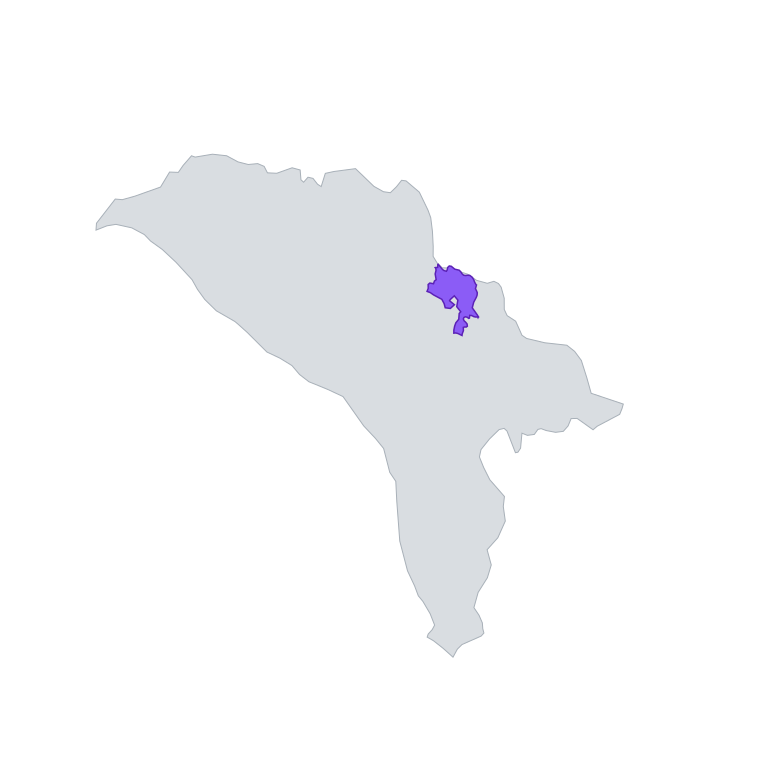 location of Stîngă Nistrului within Moldova, rotated 340°
{"feature_id": "MDA-1628", "entity_name": "Stîngă Nistrului", "entity_type": "District", "adm_level": 1, "iso_a3": "MDA", "parent_name": "Moldova", "parent_adm1": "", "projection": "albers", "projection_center": [29.192, 47.279], "detail": "fine", "context": "in_parent", "style": "filled", "palette": "violet", "viewbox_px": 768, "rotation_deg": 340, "n_neighbors": 0, "source": "natural_earth", "source_scale": "10m", "svg_char_len": 3161}
<svg xmlns="http://www.w3.org/2000/svg" viewBox="0 0 768 768"><g transform="rotate(340 384 384)"><path d="M166.0,140.9L168.8,134.6L194.7,118.3L201.2,121.3L214.4,122.3L241.4,122.5L255.0,111.5L263.1,114.8L270.0,109.9L281.2,103.7L282.8,105.1L284.2,106.2L301.4,109.4L314.2,115.7L322.7,125.3L331.5,131.3L340.7,133.7L345.8,138.5L346.7,145.7L355.3,149.3L371.6,149.4L378.4,154.2L375.8,163.7L377.5,166.9L383.3,163.7L387.6,166.5L389.9,173.6L392.5,177.0L400.9,166.0L409.7,167.2L430.9,171.9L442.1,194.8L449.2,203.1L455.4,206.4L463.2,202.9L470.2,198.6L474.2,200.7L482.8,215.8L484.8,235.7L484.8,243.7L481.7,257.2L477.3,271.5L473.8,280.9L475.3,288.4L478.4,294.7L483.5,296.7L500.2,309.4L506.4,318.2L515.5,324.7L522.4,325.1L525.9,328.7L527.2,333.1L526.3,344.5L522.5,355.1L523.1,361.9L529.2,370.0L529.9,379.3L530.3,385.4L533.6,390.0L549.1,400.2L569.1,410.1L574.3,418.6L577.5,429.4L576.7,447.7L575.5,463.6L602.0,484.7L599.1,488.7L595.1,493.1L569.9,496.6L564.8,498.5L553.7,482.4L548.0,480.5L542.6,486.4L536.3,489.8L528.7,488.1L520.5,483.2L516.4,479.7L513.1,479.3L508.0,482.8L501.2,481.3L496.8,477.4L490.4,491.0L486.5,493.9L484.0,493.5L483.5,470.3L481.7,466.8L476.6,466.2L464.4,471.7L452.7,478.8L448.7,485.2L449.1,496.6L450.7,510.2L458.7,530.9L454.2,539.9L451.1,554.3L438.4,567.4L424.2,575.0L422.9,590.7L414.9,601.4L401.2,612.0L392.0,624.9L394.2,633.8L394.7,642.1L393.1,647.8L392.7,652.2L389.1,654.1L368.2,655.5L362.3,658.2L355.4,664.3L349.1,652.5L342.7,642.2L338.0,636.6L340.0,634.1L345.3,631.3L349.1,627.9L348.8,615.7L346.2,601.6L343.8,594.8L343.7,584.2L342.2,567.6L345.1,537.0L355.9,498.6L361.8,479.5L359.2,469.0L361.6,444.5L357.4,432.3L350.6,416.4L341.2,381.8L329.1,369.7L314.2,356.2L307.9,346.2L303.8,335.2L295.0,324.1L284.9,313.9L273.1,288.7L267.0,277.3L265.2,274.2L251.5,257.9L244.5,243.3L241.1,231.3L239.3,220.3L230.1,198.3L221.7,181.8L213.6,169.9L209.9,161.6L200.4,151.0L186.7,142.3L177.7,140.6L166.0,140.9Z" fill="#d9dde1" stroke="#a8b0b8" stroke-width="1"/><path d="M475.6,289.4L475.9,290.1L477.9,295.7L478.9,297.7L481.2,299.4L482.5,298.3L483.7,296.3L485.7,295.4L487.5,296.4L489.8,300.3L493.6,302.8L494.5,304.8L495.0,307.0L496.0,309.0L497.8,310.0L499.7,310.4L501.7,311.2L503.3,313.7L504.0,316.6L504.0,319.3L504.4,321.9L504.8,322.6L504.7,322.7L502.5,325.8L502.8,327.7L502.9,330.1L501.9,332.3L500.5,334.0L496.3,337.8L493.0,342.6L495.3,351.1L495.5,352.3L495.8,353.4L495.1,353.7L495.0,353.8L494.9,352.9L493.2,352.5L491.5,351.5L491.5,351.4L489.7,349.6L488.0,348.8L486.8,351.3L486.0,351.3L485.0,349.7L483.5,348.7L481.9,348.8L480.8,350.0L480.9,352.0L481.9,353.9L482.6,356.0L482.1,358.2L480.8,358.6L479.2,358.0L477.9,357.9L476.9,361.0L474.6,363.7L473.9,365.1L473.2,364.4L470.7,361.8L468.9,360.6L467.0,360.1L468.1,357.2L470.1,353.9L472.4,351.1L476.4,348.7L478.8,343.4L480.8,342.4L478.8,336.2L482.1,330.4L480.2,325.2L475.1,327.3L474.1,328.2L477.3,333.6L472.2,335.7L467.6,333.3L468.0,329.0L467.3,324.2L461.1,317.3L458.8,314.0L456.1,311.7L458.3,309.2L459.5,305.6L461.6,304.8L464.8,306.7L466.6,304.5L468.7,303.8L469.7,298.1L471.8,294.9L472.2,293.1L471.9,292.1L472.0,292.1L474.3,292.8L475.4,290.3L475.6,289.5L475.6,289.4Z" fill="#8b5cf6" stroke="#5b21b6" stroke-width="1.5"/></g></svg>